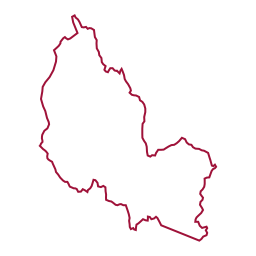 Bentong, Pahang, Malaysia
{"feature_id": "92858781B95587260702445", "entity_name": "Bentong", "entity_type": "district", "adm_level": 2, "iso_a3": "MYS", "parent_name": "Malaysia", "parent_adm1": "Pahang", "projection": "equal_earth", "projection_center": [102.033, 3.418], "detail": "fine", "context": "isolated", "style": "outline", "palette": "rose", "viewbox_px": 256, "rotation_deg": 0, "n_neighbors": 0, "source": "geoboundaries", "source_scale": "gbopen_adm2", "svg_char_len": 2952}
<svg xmlns="http://www.w3.org/2000/svg" viewBox="0 0 256 256"><path d="M39.9,145.9L43.3,149.3L44.4,150.0L46.0,151.4L47.7,153.6L47.2,156.2L47.4,158.3L48.4,159.5L50.0,160.6L52.1,161.8L52.8,163.7L54.0,166.3L55.4,169.4L56.0,172.0L58.2,174.6L60.2,177.6L63.0,180.5L65.1,181.9L67.4,181.9L68.6,184.0L69.1,185.2L69.8,186.6L73.7,188.3L75.1,188.3L76.7,189.0L78.2,191.8L80.9,191.6L82.8,189.2L85.1,190.4L87.4,192.0L87.9,190.1L90.2,188.3L91.6,186.1L92.5,183.3L93.5,179.8L95.4,180.2L97.5,182.8L98.1,186.4L100.9,187.1L103.3,185.9L105.4,187.3L105.6,191.3L106.1,194.6L106.0,197.5L106.1,199.8L108.9,201.0L111.4,201.5L113.3,202.9L115.6,204.8L117.5,205.2L119.5,204.3L121.0,204.1L123.3,205.2L125.8,205.2L127.7,210.7L128.8,214.2L129.6,218.0L129.1,220.8L129.6,224.1L129.8,227.0L130.9,229.1L133.2,228.1L134.2,229.5L135.8,230.0L136.0,227.4L136.5,224.6L138.4,223.4L141.0,221.1L143.0,219.2L145.6,220.3L147.7,220.6L147.9,218.7L147.9,216.6L149.8,217.0L151.4,219.2L154.0,218.5L156.0,216.8L157.4,218.0L159.3,221.5L161.2,225.3L199.3,240.6L201.4,239.0L203.2,236.6L206.5,235.2L207.2,232.9L205.8,230.3L207.2,228.1L206.5,226.7L202.1,227.9L199.8,225.8L198.9,223.6L198.2,221.8L195.3,221.8L195.6,219.4L196.5,217.5L198.1,215.9L201.2,213.0L203.0,210.0L202.1,208.1L200.0,204.8L200.5,201.9L202.5,199.8L203.0,197.7L201.7,196.0L200.2,193.9L200.7,191.3L202.6,189.4L204.2,186.8L204.7,184.0L204.7,180.7L204.6,178.6L206.8,177.6L209.3,177.4L210.3,174.6L211.6,171.0L213.0,169.1L214.9,168.2L216.1,166.8L214.9,164.7L213.3,166.1L211.9,165.6L211.2,163.2L210.3,159.9L209.6,157.8L208.1,152.9L204.0,150.7L201.7,150.3L199.1,148.9L195.4,148.6L193.0,147.2L191.4,144.8L188.9,144.4L186.7,142.5L185.1,139.2L181.9,137.8L179.1,141.1L176.7,143.2L174.2,144.8L171.4,145.1L168.6,146.5L166.0,148.1L163.7,149.6L161.2,149.8L158.2,149.8L156.1,152.9L155.1,155.5L152.1,155.2L150.3,156.6L147.7,155.5L147.0,151.9L146.7,146.7L145.8,143.4L144.0,140.8L142.4,137.8L142.3,134.0L142.3,128.6L142.6,123.8L144.4,121.3L144.2,117.0L145.3,112.1L145.3,108.5L144.2,104.5L142.4,101.9L140.0,100.3L139.1,97.0L136.1,95.5L133.9,95.3L131.9,94.8L129.6,92.7L130.9,90.6L130.3,88.2L128.1,84.2L126.0,81.4L124.7,79.0L124.0,75.0L122.5,71.0L121.6,68.9L120.5,70.5L119.6,73.4L117.0,70.8L116.8,71.0L114.6,70.5L112.6,68.2L110.3,68.2L108.9,70.3L107.9,72.2L105.8,71.5L104.4,69.8L105.6,66.1L103.2,64.2L101.8,62.1L101.4,58.0L99.3,55.2L98.8,51.9L96.8,48.4L96.5,43.4L96.7,40.1L94.9,37.1L94.4,33.3L94.0,30.0L91.2,28.3L89.3,28.1L87.7,28.8L86.0,26.9L83.7,27.4L81.8,27.1L79.5,22.0L77.9,19.4L75.6,17.5L74.6,15.4L72.1,16.8L73.2,22.4L77.5,33.0L70.2,38.5L67.9,39.4L66.0,38.2L64.9,37.1L63.3,38.2L61.8,40.1L60.5,41.8L60.4,43.4L58.8,45.8L56.8,47.7L54.0,50.2L56.4,56.4L56.0,61.6L53.4,70.2L49.6,77.1L45.3,82.3L42.7,86.9L42.3,91.5L41.0,99.0L43.2,106.5L45.3,111.1L47.0,118.0L48.7,122.0L49.1,124.3L47.4,128.4L44.4,130.7L42.3,134.7L42.0,136.3L41.9,138.4L42.4,140.4L42.5,141.9L41.6,142.9L41.0,143.7L40.4,145.1L40.0,145.8L39.9,145.9Z" fill="none" stroke="#9f1239" stroke-width="2"/></svg>